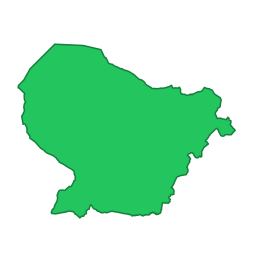 outline of Alkaleri, Bauchi, Nigeria, rotated 176°
{"feature_id": "59680162B61092998371306", "entity_name": "Alkaleri", "entity_type": "district", "adm_level": 2, "iso_a3": "NGA", "parent_name": "Nigeria", "parent_adm1": "Bauchi", "projection": "natural_earth1", "projection_center": [10.354, 9.865], "detail": "fine", "context": "isolated", "style": "filled", "palette": "green", "viewbox_px": 256, "rotation_deg": 176, "n_neighbors": 0, "source": "geoboundaries", "source_scale": "gbopen_adm2", "svg_char_len": 5537}
<svg xmlns="http://www.w3.org/2000/svg" viewBox="0 0 256 256"><g transform="rotate(176 128 128)"><path d="M228.6,183.1L234.4,177.9L234.7,175.7L233.8,175.4L230.0,171.0L228.7,169.7L228.6,169.0L229.3,168.3L229.3,167.4L229.4,163.9L228.8,162.3L228.6,160.6L229.6,159.5L230.0,158.0L230.4,156.4L230.4,154.9L230.1,153.4L230.3,151.9L231.4,150.1L231.9,148.8L232.6,148.2L232.6,147.7L233.2,147.1L232.4,139.1L231.1,139.3L230.3,138.8L229.5,136.8L229.1,135.8L228.8,134.5L229.0,132.7L228.8,132.2L229.1,130.7L228.9,130.3L228.3,129.9L227.9,128.9L226.5,126.8L226.6,126.4L226.5,125.1L226.6,124.7L226.3,124.4L221.6,120.6L216.6,114.0L213.7,111.9L212.0,110.0L210.6,108.7L204.6,105.7L202.2,103.7L200.5,101.2L199.1,99.2L197.9,98.0L195.5,96.7L191.1,93.4L186.8,90.5L184.9,88.7L184.8,85.8L184.6,85.5L183.9,83.1L184.1,82.6L184.2,80.4L184.7,79.2L185.6,79.1L186.6,76.9L188.8,73.6L190.7,73.8L195.4,70.1L197.6,70.7L200.1,70.7L201.4,70.0L203.4,65.9L203.1,63.3L203.6,60.8L204.3,59.3L206.5,56.0L207.2,53.6L209.3,51.7L210.4,49.2L210.1,48.1L206.3,47.4L195.6,48.6L195.6,48.8L192.2,49.2L188.2,48.3L186.7,45.8L185.6,45.3L182.3,41.7L180.0,43.3L178.6,43.1L178.1,43.5L177.5,44.8L175.6,45.5L175.4,45.9L175.5,48.1L173.4,49.7L173.0,49.7L172.4,49.8L171.1,53.5L170.4,53.9L168.9,51.9L168.5,50.7L167.3,49.6L165.1,48.6L165.1,48.3L165.0,48.0L164.6,47.8L164.2,47.2L163.8,47.2L163.4,46.9L162.7,46.9L162.4,46.6L161.6,45.9L160.9,45.5L160.0,45.2L159.2,45.2L157.3,45.6L156.1,45.1L154.7,45.0L151.2,46.0L148.7,45.9L147.6,45.5L146.4,45.2L145.9,45.1L144.9,45.0L141.4,43.9L140.4,43.7L139.2,43.3L137.0,42.7L135.7,42.4L135.1,42.5L134.9,42.5L134.5,42.2L134.0,41.9L133.5,41.9L133.0,41.7L132.6,41.4L132.2,41.4L132.1,41.5L131.4,41.4L130.2,40.4L130.0,40.0L129.8,40.2L129.8,40.5L129.7,40.6L129.2,40.5L129.0,40.3L128.8,40.4L128.3,40.3L128.0,40.3L127.8,40.2L127.1,40.5L127.0,40.4L126.9,40.1L126.4,40.2L126.3,40.3L126.2,40.3L126.1,40.5L125.9,40.6L125.1,40.3L124.7,40.5L124.3,40.3L123.8,40.3L122.4,40.9L121.9,40.8L121.5,40.4L121.4,40.4L120.7,40.3L120.6,40.2L120.4,39.8L120.0,39.5L119.6,39.4L119.3,39.4L119.0,39.3L118.8,39.5L118.5,39.5L118.2,39.6L118.0,40.0L117.2,40.0L116.9,40.1L116.6,40.3L116.5,40.2L116.4,40.3L116.0,40.2L115.7,40.1L115.1,40.0L114.9,40.2L114.4,40.2L114.1,40.1L114.0,39.9L113.8,39.8L113.5,39.9L113.2,40.1L112.8,40.2L112.6,40.1L112.4,40.4L112.1,40.6L112.0,41.0L111.9,41.1L111.6,41.0L111.3,41.2L111.5,41.5L111.4,41.7L111.2,41.8L110.8,41.5L110.3,41.4L110.1,41.7L110.0,41.8L109.1,42.3L109.0,42.2L108.9,42.0L108.8,41.8L108.7,41.7L107.9,41.9L107.8,41.4L107.5,41.3L107.3,41.0L106.9,41.0L106.7,40.9L106.7,40.7L106.5,40.3L106.4,40.1L105.9,39.9L105.7,40.2L105.6,39.9L105.4,40.0L105.1,39.8L104.9,39.9L104.3,39.8L104.0,39.9L103.7,39.9L103.6,40.2L103.3,40.4L102.9,40.4L102.7,40.7L102.5,40.8L102.0,40.7L101.7,41.1L101.5,41.3L101.2,41.7L101.0,42.1L100.9,42.6L100.9,44.0L100.5,44.2L100.2,44.3L100.2,45.3L99.4,48.6L99.0,50.8L98.1,51.1L96.8,50.5L94.0,50.5L93.2,50.1L91.2,51.7L91.4,52.6L90.9,54.0L92.2,55.3L91.8,56.8L90.8,56.8L89.5,58.8L88.5,58.4L86.9,58.7L86.8,60.2L86.5,61.4L86.6,62.7L87.9,65.1L88.9,65.4L86.6,68.4L85.1,71.4L83.6,74.1L82.9,75.3L82.0,76.0L81.3,76.1L80.4,76.3L79.5,76.8L78.6,76.9L73.4,77.4L71.3,80.2L71.2,81.1L71.1,81.6L71.5,84.1L72.0,84.6L71.0,86.7L70.1,88.1L69.1,89.4L68.7,90.2L69.0,91.2L68.3,92.0L67.9,92.6L68.0,93.6L68.9,94.4L68.9,94.9L69.7,95.4L70.0,96.2L70.5,96.8L69.3,98.0L68.5,98.0L67.9,98.2L67.4,98.9L66.7,98.9L65.2,98.5L64.4,97.2L64.0,96.1L63.6,95.3L63.1,94.4L62.0,93.6L61.2,93.3L60.0,93.6L58.8,94.6L58.3,95.0L57.7,94.4L57.6,94.2L57.3,94.3L57.1,94.1L56.4,94.7L56.3,96.6L56.1,99.6L55.1,100.9L53.9,103.0L52.7,104.0L51.7,104.6L50.1,105.7L49.3,106.1L49.0,106.6L50.1,108.5L51.4,109.1L51.7,109.6L51.5,110.1L49.6,111.7L48.2,113.7L47.6,114.7L46.9,115.3L46.1,116.3L43.1,118.7L41.5,120.2L39.9,121.2L39.0,121.3L38.6,120.2L38.4,119.9L38.0,119.9L37.7,117.7L36.8,116.2L36.3,114.6L35.7,113.8L34.5,113.3L32.9,113.3L31.5,114.5L30.4,114.5L28.3,114.3L27.3,114.1L25.4,114.2L24.9,114.6L24.2,115.7L23.7,115.8L22.2,117.4L21.3,118.1L21.6,118.6L22.0,119.3L23.5,120.9L24.3,122.2L25.9,124.4L25.0,125.8L24.9,128.1L26.3,128.6L26.7,129.5L26.6,130.8L27.7,131.6L28.2,130.8L29.0,130.2L29.4,129.5L32.9,130.4L33.6,130.8L35.2,131.4L38.3,131.3L39.3,134.1L40.1,136.5L39.2,138.0L37.8,139.4L36.9,141.8L35.1,142.2L34.8,142.8L34.4,143.7L34.4,143.9L34.1,145.5L33.1,149.6L33.9,151.8L38.8,155.4L39.1,155.8L39.5,156.1L41.3,159.8L44.4,161.5L46.7,162.0L49.0,163.1L51.1,160.3L52.5,159.5L53.2,159.2L55.0,159.3L56.4,159.0L60.1,157.5L61.1,157.3L61.6,156.6L62.5,156.9L62.8,157.5L63.5,157.3L63.7,156.9L64.5,156.9L65.4,156.6L66.4,156.5L66.9,156.5L67.8,156.8L68.5,157.4L69.5,157.8L70.1,157.8L70.7,157.8L71.5,157.9L71.9,158.4L72.3,158.3L72.8,158.9L73.1,160.8L72.9,162.8L73.8,165.0L74.5,164.8L74.9,164.5L75.0,164.4L75.3,164.3L76.0,164.4L76.4,164.5L77.7,164.7L78.0,164.7L78.4,164.6L79.1,164.7L80.1,164.7L80.7,165.1L81.4,167.1L81.8,167.5L82.6,167.3L83.4,166.6L84.1,166.4L85.7,166.1L86.9,165.7L88.8,165.4L90.4,165.2L91.7,165.5L93.2,165.3L94.4,165.3L95.3,165.1L96.3,165.2L99.2,165.6L101.0,165.7L101.5,165.8L101.9,166.3L102.0,166.6L102.3,167.0L102.8,167.1L104.3,168.2L106.3,169.5L107.4,170.4L107.9,171.9L108.8,173.1L110.9,174.9L111.2,175.1L113.6,175.8L118.4,180.9L119.9,182.0L120.6,182.4L122.0,183.5L123.9,184.7L125.6,185.4L127.8,186.1L129.9,187.6L131.4,187.6L131.7,188.0L132.4,188.3L134.2,189.5L136.0,190.2L136.8,190.6L137.8,191.3L138.9,192.5L141.4,193.2L142.1,193.6L143.2,194.3L143.7,196.4L145.2,199.6L145.9,199.9L146.7,200.7L149.5,208.0L166.8,213.4L195.2,216.7L221.5,193.9L228.6,183.1Z" fill="#22c55e" stroke="#15803d" stroke-width="1.5"/></g></svg>